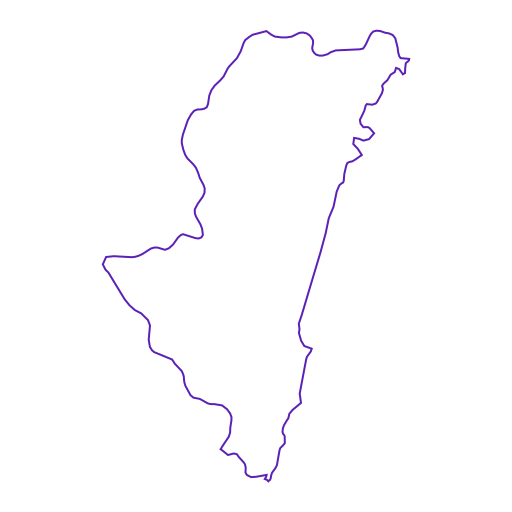 map outline of Miyazaki (Albers equal-area conic projection)
{"feature_id": "JPN-1831", "entity_name": "Miyazaki", "entity_type": "Prefecture", "adm_level": 1, "iso_a3": "JPN", "parent_name": "Japan", "parent_adm1": "", "projection": "albers", "projection_center": [131.344, 32.095], "detail": "fine", "context": "isolated", "style": "outline", "palette": "violet", "viewbox_px": 512, "rotation_deg": 0, "n_neighbors": 0, "source": "natural_earth", "source_scale": "10m", "svg_char_len": 3029}
<svg xmlns="http://www.w3.org/2000/svg" viewBox="0 0 512 512"><path d="M409.2,58.9L408.9,60.4L407.8,61.6L406.6,62.4L405.8,63.2L405.2,68.4L405.0,73.0L402.9,74.3L399.2,69.1L396.1,67.9L394.7,72.1L390.6,74.7L387.4,80.2L384.1,83.1L382.8,84.6L382.1,86.1L382.2,86.6L382.6,87.5L382.9,89.9L381.9,93.3L377.3,101.6L375.8,103.5L372.2,104.7L366.8,104.1L365.7,105.5L364.3,110.8L359.9,119.9L360.6,123.8L363.4,127.2L367.9,127.1L369.5,128.0L374.1,133.3L369.1,139.1L363.4,140.6L359.1,138.8L354.1,137.9L353.3,144.0L357.8,148.8L361.8,155.0L355.1,159.7L352.4,161.3L349.3,162.0L347.3,163.1L346.2,165.8L344.3,174.0L343.7,181.2L342.9,182.7L341.5,183.4L339.3,185.4L336.7,191.6L333.5,206.9L328.8,218.1L325.7,233.1L320.5,252.3L311.7,281.6L301.8,314.8L298.8,323.7L299.5,329.3L298.9,332.8L301.1,340.7L304.3,346.0L311.7,348.7L310.8,351.5L307.0,356.7L306.2,359.2L299.7,393.6L301.0,402.9L292.6,409.9L289.4,413.7L288.2,418.7L287.5,419.3L284.0,425.2L282.9,428.3L282.5,432.0L283.2,434.0L284.2,435.1L284.7,436.5L284.8,443.1L283.5,444.8L280.2,448.2L279.5,450.4L276.9,465.2L275.5,468.0L272.0,472.8L271.1,475.6L270.8,477.9L270.1,479.7L268.3,481.3L267.3,480.1L266.6,479.7L264.8,479.0L266.0,477.1L266.3,476.2L266.6,474.9L256.0,476.8L251.0,477.1L246.8,474.9L245.5,472.6L245.7,467.5L245.0,464.4L243.8,462.5L238.7,456.9L237.0,454.3L235.7,453.9L233.7,453.5L228.0,455.0L223.5,451.4L220.6,449.2L221.2,448.4L221.9,447.0L228.8,436.7L230.1,432.6L230.3,427.6L231.4,420.5L231.5,417.2L230.1,413.4L227.1,409.3L222.1,405.4L214.3,404.1L211.5,404.1L209.2,403.8L207.6,403.3L199.8,398.9L193.5,397.7L190.5,395.2L185.4,385.8L184.4,382.5L184.0,379.5L183.8,376.5L183.1,374.1L181.7,371.0L174.8,363.7L172.1,359.5L154.1,352.1L152.0,350.3L149.9,346.8L148.7,339.7L150.0,325.5L148.0,320.1L141.1,313.3L135.0,310.2L129.5,305.3L124.6,299.2L108.3,272.4L105.6,269.8L102.8,264.4L106.1,257.0L113.8,256.2L131.9,257.2L135.2,256.8L138.9,255.7L142.6,253.9L151.0,248.5L154.5,247.5L157.7,247.6L165.0,249.8L169.0,248.2L173.0,244.6L178.0,237.6L180.8,235.1L183.0,234.2L195.4,238.1L198.6,238.5L201.4,237.4L202.9,234.9L202.1,228.7L200.4,224.3L196.0,216.6L194.8,213.2L194.8,209.3L197.8,203.7L202.8,196.6L204.5,192.8L204.7,188.5L203.5,184.9L199.7,177.8L198.2,173.0L195.9,167.7L193.2,164.2L187.4,158.4L185.2,154.8L183.3,149.6L182.4,145.9L181.8,143.1L181.8,139.8L182.9,134.6L187.8,120.2L191.1,114.4L194.1,110.8L197.4,109.5L201.1,109.4L204.3,108.7L206.7,107.3L208.0,104.1L209.3,95.5L211.4,90.2L214.7,85.6L220.2,80.4L223.6,76.5L227.7,68.5L229.3,66.3L236.9,58.2L240.7,51.3L243.6,43.1L245.2,40.1L249.3,36.9L252.5,34.8L266.4,31.1L271.3,34.7L274.9,36.6L281.6,37.4L286.6,37.4L291.8,36.6L299.2,32.9L302.9,32.5L306.6,33.4L309.7,35.4L311.6,37.9L313.0,40.3L313.1,43.2L312.6,45.7L312.2,48.2L312.7,50.6L314.3,53.0L316.3,54.7L319.3,55.6L322.6,55.6L327.6,54.2L330.7,52.2L335.8,50.4L359.9,49.3L363.2,48.5L364.3,46.9L366.0,44.1L369.7,36.1L371.2,33.6L373.3,31.5L376.4,30.7L380.1,31.0L385.1,32.7L389.0,33.4L392.7,35.0L395.3,38.3L397.6,47.6L398.2,52.5L399.3,56.3L400.6,58.1L409.2,58.9Z" fill="none" stroke="#5b21b6" stroke-width="2"/></svg>